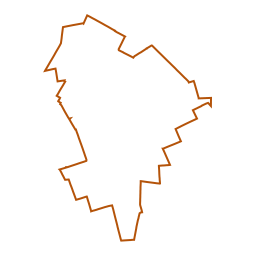 the district of Ianca, Braila, Romania
{"feature_id": "2599482B90302220331569", "entity_name": "Ianca", "entity_type": "district", "adm_level": 2, "iso_a3": "ROU", "parent_name": "Romania", "parent_adm1": "Braila", "projection": "mercator", "projection_center": [27.484, 45.119], "detail": "fine", "context": "isolated", "style": "outline", "palette": "amber", "viewbox_px": 256, "rotation_deg": 0, "n_neighbors": 0, "source": "geoboundaries", "source_scale": "gbopen_adm2", "svg_char_len": 3401}
<svg xmlns="http://www.w3.org/2000/svg" viewBox="0 0 256 256"><path d="M151.5,45.5L148.4,47.4L146.9,48.3L146.8,48.5L146.5,48.4L146.0,48.9L145.9,49.0L140.9,52.3L139.4,53.1L136.0,55.3L134.6,56.1L134.2,56.5L133.3,57.7L132.1,57.0L128.8,55.3L123.4,52.6L123.3,52.4L121.2,51.4L118.2,49.9L118.3,49.9L121.8,42.9L122.6,41.2L124.9,36.6L125.0,36.5L119.9,33.8L118.1,32.8L117.7,32.7L115.0,31.1L115.2,30.8L115.1,30.7L112.4,29.3L110.2,28.0L107.6,26.5L105.0,25.1L102.4,23.6L99.7,22.1L97.3,20.8L94.8,19.4L92.3,18.1L89.8,16.7L87.2,15.4L83.5,23.6L83.2,23.3L83.2,23.2L83.0,23.3L74.8,24.8L72.6,25.2L67.0,26.3L63.0,27.1L62.8,28.4L62.5,30.9L62.2,33.2L61.9,35.5L61.6,38.4L61.3,40.6L60.9,43.4L60.7,43.7L59.7,45.6L58.1,48.4L56.9,50.4L55.5,52.8L54.3,55.0L53.2,56.9L51.6,59.6L50.1,62.1L48.9,64.2L46.5,68.3L45.3,70.3L45.0,70.9L46.2,70.6L48.5,70.1L50.7,69.6L52.9,69.1L55.5,68.6L55.9,70.8L56.3,73.1L56.9,77.0L57.3,79.5L57.6,81.4L60.3,81.0L62.2,80.7L64.4,80.4L64.3,80.6L64.1,81.0L65.2,81.6L64.0,83.6L62.9,85.5L60.8,88.9L59.1,91.8L58.0,93.8L56.7,95.8L59.8,97.6L60.1,97.8L59.1,99.8L58.9,99.9L58.7,100.3L58.3,100.9L58.2,101.3L60.1,102.5L60.7,102.8L60.1,104.1L60.6,104.5L61.4,105.3L64.8,111.6L68.2,117.5L69.0,118.7L70.3,118.4L69.4,119.4L69.7,119.9L71.7,123.4L75.4,129.6L75.9,129.5L76.8,132.2L77.5,134.0L78.3,136.3L78.9,138.2L79.7,140.3L80.4,142.3L81.1,144.2L81.8,146.2L82.7,148.7L83.3,150.5L84.0,152.5L85.2,156.1L85.9,158.0L86.5,160.0L86.3,160.9L85.9,161.0L84.0,161.7L82.1,162.3L79.3,163.2L77.0,164.0L67.6,167.1L67.2,167.1L67.3,167.2L66.3,167.5L64.7,168.0L59.6,169.5L59.8,169.7L61.4,172.6L62.3,174.5L63.3,176.3L64.2,178.1L65.1,179.8L68.7,179.5L69.0,180.3L69.7,182.3L70.4,184.4L71.4,186.9L72.4,189.6L73.0,191.4L73.8,193.5L76.1,199.8L80.6,198.5L86.7,196.5L86.8,196.5L87.8,199.9L89.1,204.0L91.0,210.6L91.1,210.9L91.2,211.0L91.2,211.3L91.5,211.2L92.2,211.0L93.4,210.6L94.0,210.5L96.7,209.7L97.3,209.5L97.5,209.4L101.1,208.3L104.9,207.1L107.9,206.3L108.1,206.2L109.9,205.8L112.1,205.4L113.2,209.3L114.9,216.2L115.1,217.0L116.6,222.8L117.4,226.0L117.5,226.7L118.1,228.9L118.1,229.0L118.4,230.2L119.7,235.1L120.7,239.0L121.0,240.0L121.2,240.6L122.8,240.5L129.2,240.1L131.2,240.0L131.4,239.9L133.2,239.8L134.1,239.8L134.5,237.6L135.3,233.4L136.3,228.1L136.3,227.9L136.4,227.2L136.5,226.9L136.5,226.6L137.6,221.5L137.8,220.5L138.5,218.1L138.7,216.9L139.0,215.8L139.6,213.3L140.7,212.5L142.1,212.3L141.7,210.4L140.9,207.6L140.8,207.3L140.3,205.6L140.1,204.8L140.1,203.2L140.2,200.9L140.2,199.2L140.3,197.0L140.3,195.5L140.4,192.9L140.4,191.0L140.5,189.2L140.5,187.3L140.6,185.1L140.7,183.1L140.7,181.1L140.8,181.1L144.9,181.7L147.8,182.1L154.0,182.9L157.0,183.3L158.2,183.4L159.9,183.6L160.0,183.5L159.9,181.9L159.7,179.9L159.6,177.7L159.5,177.3L159.3,173.8L159.2,170.6L158.9,166.3L158.9,165.8L162.5,165.5L164.8,165.4L166.6,165.2L167.1,165.2L169.4,165.0L170.0,164.9L164.2,151.7L162.8,148.7L163.0,148.7L166.1,147.4L170.0,145.8L174.0,144.2L179.3,142.0L180.9,141.3L178.5,135.9L175.6,129.0L181.3,126.1L186.0,123.8L190.6,121.6L194.3,119.9L197.0,118.6L192.9,110.2L201.5,106.0L201.7,105.7L206.1,103.6L208.1,102.9L210.9,106.0L211.0,97.9L198.7,98.4L198.7,98.1L194.4,82.9L193.9,81.6L193.7,81.0L188.8,82.5L188.4,81.4L187.1,80.1L185.3,78.3L185.0,78.1L181.8,74.9L179.6,72.7L177.1,70.3L175.1,68.2L172.0,65.2L170.4,63.6L169.9,63.1L167.9,61.2L161.0,54.4L158.1,51.6L155.9,49.4L152.1,45.6L151.8,45.6L151.5,45.5Z" fill="none" stroke="#b45309" stroke-width="2"/></svg>